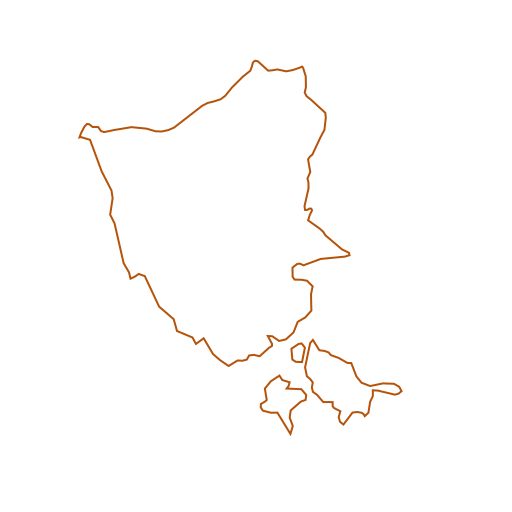 Estonia, orthographic projection, rotated 245°
{"feature_id": "EST", "entity_name": "Estonia", "entity_type": "country or territory", "adm_level": 0, "iso_a3": "EST", "parent_name": "Europe", "parent_adm1": "", "projection": "orthographic", "projection_center": [24.591, 58.582], "detail": "fine", "context": "isolated", "style": "outline", "palette": "amber", "viewbox_px": 512, "rotation_deg": 245, "n_neighbors": 0, "source": "natural_earth", "source_scale": "50m", "svg_char_len": 2480}
<svg xmlns="http://www.w3.org/2000/svg" viewBox="0 0 512 512"><g transform="rotate(245 256 256)"><path d="M408.2,377.8L406.6,378.2L397.8,377.0L387.9,372.6L383.5,369.2L379.4,369.4L374.4,371.9L356.5,379.3L352.0,377.8L341.5,371.4L336.1,364.3L324.2,350.1L323.2,346.7L321.6,344.0L309.2,340.7L304.5,335.4L300.7,334.7L295.1,332.2L280.6,321.0L277.0,319.9L276.1,321.9L276.4,324.6L275.5,326.1L273.7,326.1L270.3,321.9L266.3,318.3L253.9,325.3L249.4,327.2L245.5,327.6L225.7,336.7L219.6,341.6L217.2,341.1L217.8,336.5L226.0,313.4L227.5,295.1L230.5,292.6L231.4,290.1L230.1,284.2L221.7,280.4L218.3,281.0L215.2,287.3L212.0,291.8L204.5,294.5L198.1,289.7L183.1,283.1L179.5,274.6L178.7,266.0L170.9,257.7L167.8,247.9L169.2,241.1L176.4,236.8L178.5,232.9L169.5,233.4L167.7,232.4L167.3,228.9L163.6,217.0L167.2,212.4L168.8,207.8L166.0,203.9L166.8,199.5L169.1,195.1L167.9,184.7L176.8,179.4L185.4,175.6L203.5,173.8L201.7,164.4L209.0,164.0L221.4,152.7L233.5,154.7L251.0,146.8L284.8,146.7L289.3,142.1L288.5,137.6L288.5,132.7L294.9,134.0L305.4,133.0L345.4,141.6L355.1,141.3L369.0,150.5L376.4,152.7L398.0,151.9L431.4,154.7L437.6,147.8L438.1,146.1L441.5,149.6L445.8,155.3L447.1,158.6L445.8,160.6L441.9,162.5L441.1,164.4L439.5,167.5L434.8,168.3L432.5,170.7L430.1,180.8L425.4,197.6L417.7,210.6L411.4,217.8L408.7,223.2L407.2,229.6L407.0,236.0L414.9,270.7L415.1,277.0L413.8,283.6L413.0,290.2L414.2,295.9L418.9,305.5L424.1,319.9L426.3,329.1L429.5,332.4L432.5,334.8L433.2,336.3L433.2,338.0L431.8,339.9L418.8,345.4L417.3,349.6L416.0,354.3L410.6,361.4L409.0,367.8L408.2,375.2L408.2,377.8ZM113.1,251.0L117.4,254.0L121.4,253.2L125.5,251.3L134.3,253.4L154.1,268.2L155.9,272.1L143.8,273.6L141.0,278.0L138.0,281.0L134.6,281.9L128.6,287.9L120.5,293.6L118.7,297.1L104.4,296.1L96.5,298.1L89.9,304.5L86.9,317.2L81.9,327.0L77.0,330.5L72.0,330.8L71.0,327.0L71.6,323.3L82.5,309.6L84.9,305.1L79.8,302.8L75.6,297.8L66.4,291.6L64.9,286.9L67.2,286.7L69.3,285.5L71.9,281.7L73.3,277.3L66.3,264.0L70.2,262.1L74.9,262.8L79.7,266.8L85.2,262.5L87.5,262.0L91.2,263.7L95.2,255.2L104.3,252.7L108.8,250.2L113.1,251.0ZM132.5,227.4L127.3,233.1L124.4,230.6L122.9,227.8L116.1,240.8L108.8,242.8L104.6,240.1L105.1,235.2L101.4,222.2L95.2,218.2L86.4,217.5L80.2,212.0L105.0,209.2L107.7,203.2L112.9,196.9L116.7,196.3L119.8,197.9L120.3,202.9L121.0,204.9L132.1,208.0L136.2,216.5L137.7,226.7L132.5,227.4ZM157.4,260.4L152.3,261.6L140.4,252.9L143.3,247.3L146.8,245.2L157.0,248.9L158.3,257.5L157.4,260.4Z" fill="none" stroke="#b45309" stroke-width="2"/></g></svg>